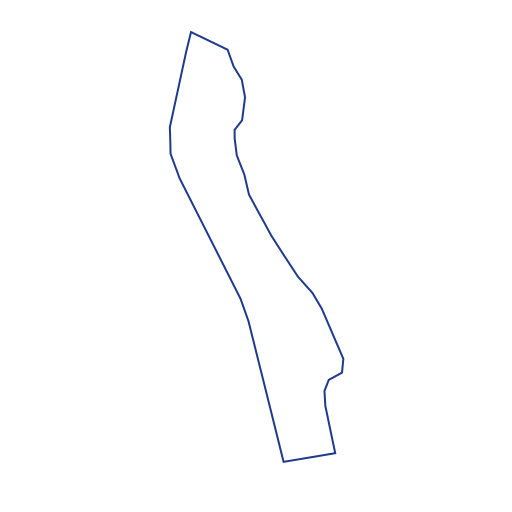 outline of Bragadiru, Teleorman, Romania, rotated 298°
{"feature_id": "2599482B260875686248", "entity_name": "Bragadiru", "entity_type": "district", "adm_level": 2, "iso_a3": "ROU", "parent_name": "Romania", "parent_adm1": "Teleorman", "projection": "mercator", "projection_center": [25.509, 43.687], "detail": "fine", "context": "isolated", "style": "outline", "palette": "blue", "viewbox_px": 512, "rotation_deg": 298, "n_neighbors": 0, "source": "geoboundaries", "source_scale": "gbopen_adm2", "svg_char_len": 607}
<svg xmlns="http://www.w3.org/2000/svg" viewBox="0 0 512 512"><g transform="rotate(298 256 256)"><path d="M391.0,171.8L398.0,166.2L405.0,160.7L412.7,147.4L424.8,134.1L423.2,93.5L403.4,98.5L329.2,119.5L317.7,126.1L306.1,132.6L293.3,147.0L289.0,151.7L211.0,262.4L195.0,279.9L141.1,328.5L87.2,377.0L119.1,418.5L156.2,387.6L169.0,379.8L180.8,378.4L193.4,386.7L206.2,381.4L222.4,361.2L240.3,338.9L249.9,323.2L257.4,302.8L269.9,280.0L281.3,259.7L288.5,248.9L295.6,238.0L307.0,220.9L322.5,207.4L335.9,191.7L349.9,181.9L357.3,177.9L369.4,180.0L391.0,171.8Z" fill="none" stroke="#1e3a8a" stroke-width="2"/></g></svg>